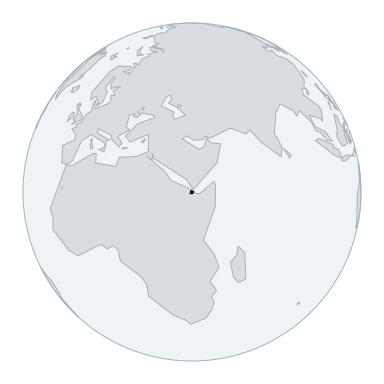 the Earth from above Tadjourah, rotated 335°
{"feature_id": "DJI-1571", "entity_name": "Tadjourah", "entity_type": "Region", "adm_level": 1, "iso_a3": "DJI", "parent_name": "Djibouti", "parent_adm1": "", "projection": "orthographic", "projection_center": [42.622, 12.035], "detail": "fine", "context": "on_globe", "style": "filled", "palette": "ink", "viewbox_px": 384, "rotation_deg": 335, "n_neighbors": 0, "source": "natural_earth", "source_scale": "10m", "svg_char_len": 8783}
<svg xmlns="http://www.w3.org/2000/svg" viewBox="0 0 384 384"><g transform="rotate(335 192 192)"><circle cx="192" cy="192" r="169" fill="#eef3f6" stroke="#a8b0b8"/><path d="M117.3,40.4L116.3,40.9L114.9,41.7L117.3,40.4ZM108.6,45.0L112.1,43.3L101.3,49.6L92.0,56.5L89.4,58.4L86.6,60.0L87.6,59.1L97.9,51.7L108.6,45.0ZM79.7,65.8L79.8,65.7L77.2,68.0L79.7,65.8ZM23.1,196.6L24.7,204.8L27.6,215.1L28.9,225.2L29.3,234.5L36.3,257.4L36.6,258.3L32.0,246.4L28.4,234.3L25.7,221.9L23.9,209.3L23.1,196.6ZM160.3,26.0L160.6,26.0L157.7,26.6L157.2,26.7L160.3,26.0ZM148.3,29.1L149.8,28.6L152.4,27.9L148.3,29.1ZM161.3,25.9L162.2,25.7L163.4,25.5L163.7,25.5L161.3,25.9ZM174.1,24.0L172.1,24.2L174.1,24.0ZM167.6,24.9L160.7,26.1L157.3,27.0L154.9,27.5L160.8,26.0L167.6,24.9ZM165.4,25.2L169.2,24.6L167.6,24.9L165.4,25.2L165.2,25.2L165.4,25.2ZM179.7,23.5L178.9,23.6L179.4,23.5L179.7,23.5ZM167.0,25.1L168.7,24.9L167.0,25.1L167.0,25.1ZM175.8,23.9L176.2,23.8L177.5,23.7L175.8,23.9ZM171.6,24.6L169.4,24.8L169.1,24.8L171.6,24.6ZM173.9,24.2L175.4,24.1L170.4,24.6L173.9,24.1L173.9,24.2ZM176.9,23.8L177.7,23.7L176.5,23.8L176.9,23.8ZM173.9,24.9L167.5,25.6L166.9,25.3L173.2,24.6L173.9,24.9ZM272.8,43.6L277.7,47.3L289.5,56.2L290.1,55.4L294.3,58.1L308.2,70.1L321.4,88.7L327.1,94.6L330.0,98.8L330.6,101.8L326.4,95.6L323.7,93.8L321.2,90.2L320.8,93.7L317.3,88.8L318.7,94.4L322.3,98.2L324.0,96.5L326.7,104.2L333.3,110.8L338.2,119.7L341.2,137.4L338.0,143.9L338.7,147.0L335.3,144.2L334.0,151.1L343.0,167.2L343.8,172.3L340.2,183.4L339.6,179.6L330.6,172.1L331.2,184.6L338.1,193.4L340.6,205.0L336.3,202.3L333.5,192.2L330.3,189.3L329.5,178.5L323.7,163.4L319.2,167.4L318.0,161.1L309.2,149.5L301.9,154.9L291.4,173.5L292.6,189.9L287.8,197.7L275.4,175.5L270.7,160.2L265.7,162.2L253.5,150.2L230.8,150.9L228.0,147.0L223.7,149.2L215.1,145.5L211.1,139.2L205.7,139.8L216.6,156.5L222.4,156.0L227.9,149.2L229.9,155.3L238.2,160.4L227.3,175.9L194.5,190.2L192.1,178.0L171.3,145.1L172.4,141.4L172.3,141.0L172.1,140.3L169.4,146.2L166.1,139.8L176.3,162.6L177.7,172.5L194.0,191.0L192.3,192.9L197.8,196.7L216.4,191.7L216.3,195.7L207.0,214.8L182.0,240.5L185.8,257.5L184.8,271.6L170.3,280.8L172.8,291.4L165.4,295.0L165.8,300.9L160.5,306.9L151.4,312.2L134.6,311.3L132.6,306.0L122.7,295.1L108.7,268.3L111.9,256.6L110.0,247.0L98.0,224.5L100.5,212.7L97.6,207.3L91.2,207.9L87.9,201.4L84.2,200.8L61.8,201.7L55.7,192.7L50.1,166.9L54.7,158.0L56.8,146.9L89.2,114.4L94.7,117.3L118.6,115.2L121.4,116.8L117.0,124.9L133.7,136.6L140.9,130.0L157.6,136.6L169.7,136.8L176.7,121.4L157.0,120.6L155.1,113.1L172.1,107.2L189.6,108.8L189.5,106.0L179.7,99.3L185.0,94.5L176.4,96.7L178.9,99.6L173.6,101.4L171.0,98.9L173.0,97.1L168.1,95.7L159.9,105.3L161.6,109.3L147.9,110.5L149.4,117.5L145.2,120.5L141.2,109.9L142.6,106.2L134.0,95.1L131.3,98.9L139.2,110.0L136.1,109.0L132.5,115.1L132.9,109.7L124.9,97.4L113.5,99.0L96.6,113.4L90.4,114.1L86.2,110.4L94.6,95.1L107.6,95.4L110.8,90.8L110.1,83.7L114.1,84.6L115.4,82.0L120.5,82.2L129.6,76.6L135.1,76.4L140.6,69.1L144.1,68.2L139.9,72.6L139.9,75.9L153.7,76.5L156.9,75.1L159.3,70.5L162.8,71.6L163.4,67.1L172.3,66.0L162.0,63.9L164.6,59.3L170.9,56.3L170.0,54.6L159.6,59.7L157.1,62.2L157.9,64.8L149.6,72.4L144.4,73.4L146.2,64.8L139.1,65.6L143.5,59.2L168.8,48.1L178.4,46.6L190.2,52.9L186.9,55.3L181.0,54.1L184.7,59.1L185.3,56.8L188.2,58.0L191.4,54.5L193.6,55.2L192.9,51.0L196.0,51.5L196.4,54.2L203.7,50.3L210.6,50.9L211.2,49.8L209.9,48.4L219.5,50.5L219.5,49.6L216.4,48.5L214.4,46.2L214.6,43.1L217.9,43.9L218.3,45.2L224.1,49.5L224.5,53.1L225.9,53.2L226.3,50.3L219.3,45.0L218.5,42.9L222.3,45.1L220.8,44.1L221.5,43.4L225.2,43.7L221.2,41.3L223.7,34.1L231.2,34.5L234.3,36.8L239.6,34.5L247.6,36.2L244.7,35.1L245.2,33.9L242.7,33.3L241.4,32.7L241.6,30.8L244.2,31.4L242.3,30.7L257.9,36.4L272.8,43.6ZM76.5,131.6L75.2,134.8L76.5,131.6ZM207.3,119.0L218.4,119.6L214.8,110.1L218.8,109.7L216.1,106.8L214.5,109.4L208.2,101.6L213.5,99.0L212.9,95.1L209.2,94.8L200.5,101.0L209.4,111.9L206.3,115.7L207.3,119.0ZM80.8,65.6L76.6,69.4L79.2,66.8L77.7,68.0L81.2,64.5L88.3,59.2L84.4,62.0L80.8,65.6ZM117.8,69.3L118.9,71.0L115.9,73.7L109.0,75.3L113.2,71.2L117.8,69.3ZM121.1,72.8L124.7,64.6L129.1,63.7L126.0,65.5L128.6,65.8L124.3,68.8L125.0,76.6L122.4,79.6L111.1,80.1L116.2,78.1L114.8,76.3L121.1,72.8ZM126.2,49.6L127.8,47.2L135.3,48.1L132.9,50.3L125.9,51.7L124.6,50.0L126.2,49.6ZM134.7,33.1L134.8,33.0L136.1,32.5L137.1,32.3L134.7,33.1ZM129.4,35.1L129.2,35.1L133.0,33.8L135.3,33.0L143.2,30.3L146.5,29.3L154.5,27.3L155.9,27.0L155.1,27.2L152.3,27.8L153.2,27.7L148.5,28.8L148.8,28.9L135.4,33.3L134.9,33.3L127.7,36.6L123.5,38.0L128.4,35.7L119.7,39.6L122.4,38.1L116.7,40.9L126.6,36.2L129.4,35.1ZM172.9,30.1L169.9,29.6L171.1,31.7L166.4,31.9L166.8,32.2L162.8,33.1L158.7,34.8L156.8,34.8L156.0,35.5L153.3,36.3L151.6,37.4L147.6,37.8L145.2,39.2L144.6,38.7L141.6,41.1L142.1,39.5L138.6,40.8L140.0,41.7L122.4,43.6L114.7,46.5L108.0,50.0L109.7,47.4L117.2,42.8L126.9,38.1L134.1,36.1L133.6,35.5L136.9,34.5L135.9,35.3L139.4,33.5L141.8,33.0L150.6,30.3L154.0,28.6L157.3,27.8L157.2,28.2L160.5,27.1L162.5,27.5L164.9,27.1L169.2,27.3L167.5,28.8L170.3,28.2L173.7,28.6L172.9,30.1ZM174.9,24.9L174.0,26.1L171.0,27.0L164.8,26.4L162.3,26.8L158.2,26.9L162.7,25.8L163.4,25.8L165.2,25.6L163.1,26.0L166.1,25.5L167.3,25.6L169.9,25.3L168.9,25.7L174.9,24.9ZM125.4,114.0L127.7,114.5L131.5,114.4L129.3,118.5L125.4,114.0ZM119.8,105.6L122.0,105.3L120.8,110.5L118.4,110.2L119.8,105.6ZM124.3,100.8L122.2,104.8L121.9,102.5L124.3,100.8ZM142.0,72.2L144.5,71.8L144.4,72.9L142.5,74.5L142.0,72.2ZM175.4,38.4L174.2,37.5L175.2,37.1L175.8,34.8L179.4,34.7L180.4,36.1L175.4,38.4ZM172.8,124.0L168.7,126.8L167.1,125.3L168.9,124.6L172.8,124.0ZM147.5,122.6L152.8,124.9L146.9,123.7L147.5,122.6ZM179.4,37.9L179.2,36.9L181.1,37.5L179.4,37.9ZM182.0,34.6L184.3,35.1L179.9,34.5L182.0,34.6ZM241.5,336.9L242.7,338.2L240.0,338.6L241.5,336.9ZM214.3,269.1L204.0,293.5L195.8,293.7L193.7,286.7L197.2,272.0L206.5,267.6L210.9,260.7L214.3,269.1ZM353.9,227.6L354.9,227.7L354.7,228.5L353.9,227.6ZM353.0,225.6L354.4,225.1L352.5,227.5L353.0,225.6ZM354.9,225.0L356.3,222.7L356.9,221.2L356.6,222.8L354.9,225.0ZM351.9,226.2L344.5,228.7L341.1,227.7L342.3,224.6L347.8,223.6L351.9,226.2ZM342.0,224.7L336.3,218.3L325.7,197.5L329.6,197.1L340.1,208.7L339.5,211.2L343.0,216.5L342.0,224.7ZM354.3,206.0L353.6,213.5L349.9,214.4L348.0,213.9L346.7,204.9L347.5,199.9L349.2,199.5L353.6,181.4L355.6,184.6L354.7,192.0L356.2,197.7L354.3,206.0ZM293.4,191.3L297.7,200.5L294.8,202.5L293.4,191.3ZM353.9,169.5L353.1,177.2L353.3,167.3L353.9,169.5ZM353.1,160.4L353.9,163.8L352.5,160.8L353.1,160.4ZM340.1,151.7L338.4,153.1L337.6,150.7L339.3,147.6L340.1,151.7ZM341.9,127.5L344.7,134.4L345.3,136.9L343.2,133.0L341.9,127.5ZM209.3,39.1L204.5,42.1L203.3,44.9L206.4,47.3L200.0,45.6L201.8,41.2L209.3,39.1ZM221.6,34.4L218.9,32.9L221.4,33.1L222.4,33.5L221.6,34.4ZM219.0,33.9L213.3,33.0L212.6,31.9L217.3,32.7L219.0,33.9ZM196.2,34.6L194.5,35.3L193.1,34.7L196.2,34.6ZM331.4,287.5L325.8,294.2L325.2,293.7L328.8,288.7L335.2,275.2L335.7,275.2L339.7,265.7L347.7,254.4L354.6,236.7L355.0,236.5L350.7,249.9L345.3,263.0L338.9,275.5L331.4,287.5ZM356.1,226.9L358.0,220.3L358.4,219.3L356.1,226.9ZM360.9,197.0L360.8,196.0L360.9,194.6L360.9,197.0ZM359.9,204.5L359.7,206.4L359.6,205.2L359.9,204.5ZM360.2,203.0L360.5,204.2L360.1,204.7L360.2,203.0ZM357.0,198.9L357.4,203.2L358.7,199.5L357.7,204.3L358.1,211.3L357.6,214.3L357.3,206.7L356.4,215.3L355.7,215.5L355.8,208.5L356.8,199.4L357.4,195.4L359.5,192.4L357.0,198.9ZM360.4,197.4L360.2,192.3L360.3,188.6L360.5,191.2L360.4,197.4ZM358.8,180.3L357.3,174.9L356.7,177.8L357.2,168.3L358.7,175.0L358.8,180.3ZM356.4,167.7L355.9,170.3L355.9,164.9L356.4,167.7ZM355.3,168.4L354.4,164.4L355.2,164.5L355.3,168.4ZM356.8,167.6L355.6,160.6L356.6,164.5L356.8,167.6ZM352.0,155.4L355.1,161.2L352.5,159.5L348.8,146.4L349.6,145.6L352.0,155.4ZM334.2,102.5L332.0,99.3L331.7,98.2L333.3,100.7L334.2,102.5ZM328.9,93.1L331.0,96.9L332.2,100.7L333.5,102.0L336.7,107.8L333.0,102.9L329.7,96.2L329.3,94.4L326.1,89.8L323.8,86.5L319.3,81.2L317.3,78.7L321.3,83.2L328.9,93.1ZM314.5,75.6L315.4,76.6L314.7,75.9L317.4,79.0L308.7,70.0L309.6,70.7L314.5,75.6ZM307.0,68.2L306.1,67.6L291.7,56.2L288.9,54.1L300.5,62.5L300.3,62.5L303.7,65.4L307.0,68.2ZM240.0,32.4L238.3,31.7L239.9,31.9L240.0,32.4ZM234.7,29.9L234.0,30.2L233.3,29.5L234.7,29.9ZM232.9,31.0L233.1,30.1L234.9,31.5L232.9,31.0Z" fill="#d9dde1" stroke="#a8b0b8" stroke-width="1"/><path d="M190.1,192.5L190.4,192.1L190.5,191.9L190.7,191.7L191.0,191.2L191.3,190.7L191.5,190.6L192.2,191.0L192.2,191.4L192.3,191.4L192.4,191.5L192.5,191.6L193.1,192.2L193.2,192.3L193.2,192.5L193.3,192.5L193.2,192.7L193.0,192.8L192.9,192.8L192.8,192.7L192.8,192.8L192.5,192.8L192.4,192.9L192.4,193.0L192.2,193.3L191.9,193.4L191.7,193.3L191.4,193.3L191.4,193.2L190.8,192.6L190.6,192.6L190.2,192.5L190.1,192.5Z" fill="#0f172a" stroke="#020617" stroke-width="1.5"/></g></svg>